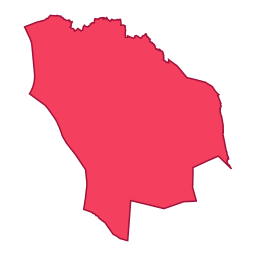 Stange nor, Hedmark, Norway
{"feature_id": "86288312B89753737771336", "entity_name": "Stange nor", "entity_type": "district", "adm_level": 2, "iso_a3": "NOR", "parent_name": "Norway", "parent_adm1": "Hedmark", "projection": "orthographic", "projection_center": [11.491, 60.626], "detail": "fine", "context": "isolated", "style": "filled", "palette": "rose", "viewbox_px": 256, "rotation_deg": 0, "n_neighbors": 0, "source": "geoboundaries", "source_scale": "gbopen_adm2", "svg_char_len": 5368}
<svg xmlns="http://www.w3.org/2000/svg" viewBox="0 0 256 256"><path d="M96.8,18.9L95.0,18.7L94.8,19.0L94.8,19.4L94.6,19.7L94.6,20.7L94.0,23.0L92.1,22.7L91.4,23.6L90.4,24.1L90.5,24.3L90.4,24.8L89.0,25.9L88.4,26.3L88.4,26.6L87.6,26.9L85.7,26.5L85.3,26.2L84.5,25.2L84.3,25.3L84.2,25.5L83.2,26.9L83.2,27.4L83.2,27.8L83.0,28.1L83.1,28.4L82.9,28.6L82.8,29.2L82.5,30.2L81.9,30.6L81.1,30.9L80.5,30.7L80.1,29.9L79.7,29.5L79.1,29.8L78.9,29.7L78.6,29.2L78.1,28.8L78.0,28.5L77.8,28.5L77.3,28.9L77.1,29.3L76.4,30.0L74.6,31.2L74.4,30.3L74.1,29.7L73.8,29.1L73.3,28.7L72.0,28.4L70.1,27.3L70.4,26.8L70.8,26.3L71.2,25.9L71.3,25.7L71.0,24.9L71.8,22.7L72.0,22.5L72.1,22.2L72.2,21.7L71.9,21.7L71.3,22.0L71.0,22.0L70.8,21.9L69.8,21.6L69.5,21.4L69.5,21.2L69.6,20.9L69.9,20.6L69.8,20.3L68.8,20.0L68.5,20.0L67.6,20.5L67.0,20.6L65.5,20.1L65.4,20.0L65.3,19.8L65.1,19.4L64.7,19.2L64.0,19.3L63.5,19.0L63.3,18.6L63.3,18.3L62.8,17.7L61.0,16.9L60.9,16.8L60.9,16.3L60.6,16.1L58.7,15.9L57.0,15.4L56.5,15.9L50.3,15.4L47.7,18.5L47.3,18.5L46.7,18.4L44.9,20.1L36.8,22.2L24.6,26.9L29.9,38.2L31.3,42.0L31.8,44.1L34.5,73.0L34.7,77.4L34.4,80.1L34.1,82.4L32.9,86.9L31.1,91.1L29.5,93.8L45.7,105.7L46.6,107.0L47.4,107.9L51.8,113.9L53.1,115.9L54.1,117.2L55.8,119.9L57.5,123.1L58.0,124.5L58.5,125.4L59.5,127.7L60.7,131.0L61.1,131.9L61.9,134.7L63.1,137.4L66.1,142.4L66.5,143.1L75.8,155.0L85.6,169.7L87.0,184.2L85.4,198.7L83.7,209.4L88.7,211.1L92.0,212.4L92.1,212.6L92.7,213.0L92.9,213.3L93.2,213.3L93.5,213.5L93.9,213.5L94.3,213.8L94.5,213.8L95.7,215.0L96.0,215.6L97.2,215.7L97.8,216.1L98.6,217.3L99.1,218.2L99.4,218.5L99.9,218.8L105.4,223.0L106.5,224.8L111.8,232.3L112.8,233.9L113.6,234.5L116.7,236.1L117.6,236.7L118.9,237.8L120.5,238.7L122.7,239.2L126.5,240.4L127.7,240.6L128.9,224.9L130.7,200.5L164.0,208.6L183.6,201.7L196.3,201.1L196.3,200.8L192.6,187.6L193.0,172.4L192.9,167.6L207.8,160.7L218.4,156.1L231.4,168.8L231.3,168.5L230.8,167.9L230.2,167.1L230.1,166.7L229.8,166.4L229.8,166.1L229.5,165.3L228.9,165.1L228.7,164.8L228.3,164.2L227.6,163.7L227.4,163.3L227.4,162.7L227.2,162.2L227.1,161.1L227.2,160.5L227.1,160.1L228.1,159.5L228.3,159.3L228.3,159.1L228.7,158.8L228.7,158.5L228.4,158.2L227.9,158.1L227.9,157.8L228.1,157.4L228.1,157.2L228.2,156.8L227.9,156.2L227.5,156.0L227.3,155.4L227.4,155.0L227.1,154.7L226.9,154.1L226.8,153.6L227.0,152.6L226.8,152.3L226.8,152.0L226.8,151.8L226.2,150.8L224.5,142.0L223.1,135.2L223.0,134.9L222.9,134.7L222.8,134.1L223.0,133.7L223.0,133.2L223.0,132.9L223.3,132.7L223.1,126.1L223.1,125.1L221.5,116.0L221.3,115.6L221.0,115.3L221.0,115.0L220.6,114.0L220.4,113.4L220.4,113.0L220.5,112.9L220.6,112.5L220.3,112.2L220.2,112.0L220.2,111.4L220.3,111.1L220.1,110.3L220.3,109.8L220.2,109.7L220.2,109.2L220.4,108.8L220.1,108.7L220.1,108.3L220.1,108.1L220.1,107.6L220.3,107.3L221.0,106.7L221.2,106.3L221.1,106.2L220.8,105.2L220.5,104.4L220.5,103.9L220.5,103.7L220.8,103.5L220.7,103.4L220.6,103.2L220.5,102.7L220.5,102.4L220.4,102.2L218.6,97.6L218.5,97.0L218.3,96.5L218.3,96.3L217.7,95.4L218.0,95.2L218.5,95.1L218.6,94.7L218.8,94.6L217.4,93.5L214.9,90.6L212.6,87.1L211.6,86.0L207.1,83.5L206.8,83.3L206.7,83.1L205.6,82.3L205.0,82.2L195.7,79.7L190.2,78.4L187.0,77.7L179.1,68.2L176.8,65.6L173.6,63.4L168.6,59.6L168.7,61.2L168.6,62.1L168.7,62.7L168.7,62.8L167.5,62.7L167.3,62.2L166.8,61.9L166.0,61.9L165.3,61.4L165.1,61.0L165.0,60.7L164.1,60.4L163.5,60.0L163.3,59.7L163.2,59.5L163.5,59.2L163.9,58.8L163.9,58.7L163.6,58.3L163.7,58.0L163.7,57.7L163.8,57.5L163.8,57.3L163.6,56.9L163.5,56.7L163.7,56.0L163.7,55.6L163.6,55.4L163.5,55.2L163.6,54.8L163.3,54.3L163.1,54.2L163.2,53.3L162.9,53.1L162.9,52.4L162.5,51.5L162.2,51.4L162.0,51.5L161.6,51.5L161.5,51.4L161.6,51.2L161.0,51.1L160.7,50.8L160.7,50.4L160.6,50.2L160.1,49.8L160.1,50.1L159.7,50.5L159.1,49.9L158.9,49.4L158.5,49.4L157.9,49.9L157.7,49.7L157.5,49.2L157.1,49.2L156.6,49.3L156.5,49.2L156.5,48.9L156.1,48.7L155.8,48.7L155.5,48.2L155.3,48.0L155.3,47.8L155.2,47.5L155.2,47.2L155.1,46.6L155.0,45.9L154.9,45.8L154.5,45.5L154.5,45.1L154.4,44.9L154.3,44.6L153.9,44.3L153.3,43.7L152.8,43.6L152.3,43.4L152.3,43.2L152.3,42.9L152.1,42.5L151.6,42.5L151.4,42.3L151.0,42.0L149.9,41.7L149.9,41.4L149.8,41.2L149.8,40.9L149.8,40.5L149.6,39.9L150.0,39.7L149.9,39.6L149.9,39.1L149.4,39.2L149.4,38.9L148.9,38.4L148.6,37.5L148.3,37.3L147.8,37.3L147.6,37.1L147.5,36.9L147.3,37.0L147.0,36.8L146.8,36.3L146.8,35.8L146.7,35.3L146.4,35.1L146.3,34.6L146.2,34.4L146.1,33.9L145.4,33.9L145.3,34.1L145.5,34.5L145.5,34.9L145.0,34.9L144.5,35.1L143.8,35.5L142.4,36.1L142.3,36.3L142.2,36.7L141.7,37.4L140.6,38.2L137.4,36.2L136.8,35.7L136.5,35.6L135.4,35.8L135.0,36.2L134.7,36.3L134.9,36.7L134.8,37.4L133.4,38.3L127.7,35.9L127.9,37.0L127.9,37.4L125.4,37.2L125.3,34.7L125.2,34.7L125.2,34.4L125.1,33.7L125.4,32.6L125.4,31.8L125.3,31.4L125.6,30.8L125.5,29.6L125.1,28.0L125.1,26.9L125.3,26.1L124.9,26.0L124.2,25.3L122.9,25.0L121.3,25.3L120.8,25.2L121.0,23.0L120.5,19.4L120.1,19.3L119.6,19.4L119.4,19.7L119.0,20.0L118.4,20.2L117.7,19.4L117.3,19.5L116.9,19.6L116.6,19.9L116.0,20.2L115.1,20.0L114.5,20.3L112.6,19.8L112.5,19.6L111.8,19.3L111.5,19.4L111.5,19.9L111.3,20.5L110.5,20.4L110.2,20.8L109.9,20.9L109.7,21.1L107.5,19.1L107.1,18.4L106.9,17.8L106.7,17.6L106.4,18.2L106.2,18.8L105.2,18.4L105.2,18.7L103.2,19.1L103.1,18.7L103.0,18.4L103.0,18.2L103.1,17.9L103.5,17.7L103.0,17.6L99.8,18.0L98.9,18.6L98.4,19.3L96.8,18.9Z" fill="#f43f5e" stroke="#9f1239" stroke-width="1.5"/></svg>